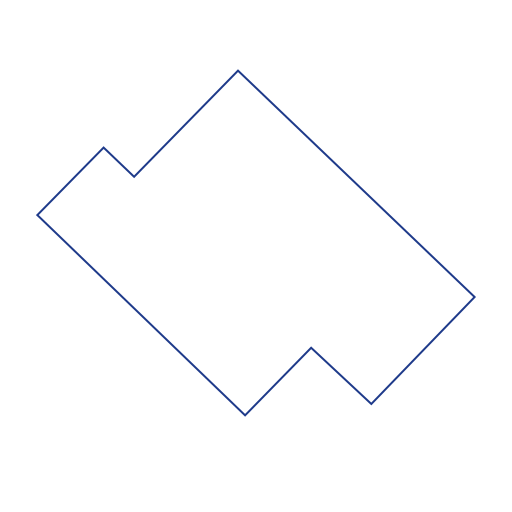 outline of Hickory, Missouri, United States of America, rotated 42°
{"feature_id": "52423323B37478896946930", "entity_name": "Hickory", "entity_type": "district", "adm_level": 2, "iso_a3": "USA", "parent_name": "United States of America", "parent_adm1": "Missouri", "projection": "natural_earth1", "projection_center": [-93.331, 37.938], "detail": "fine", "context": "isolated", "style": "outline", "palette": "blue", "viewbox_px": 512, "rotation_deg": 42, "n_neighbors": 0, "source": "geoboundaries", "source_scale": "gbopen_adm2", "svg_char_len": 282}
<svg xmlns="http://www.w3.org/2000/svg" viewBox="0 0 512 512"><g transform="rotate(42 256 256)"><path d="M440.7,288.8L445.9,140.2L118.6,130.3L112.4,278.7L70.2,277.4L66.7,358.2L66.1,371.9L354.5,381.7L358.4,287.3L440.7,288.8Z" fill="none" stroke="#1e3a8a" stroke-width="2"/></g></svg>